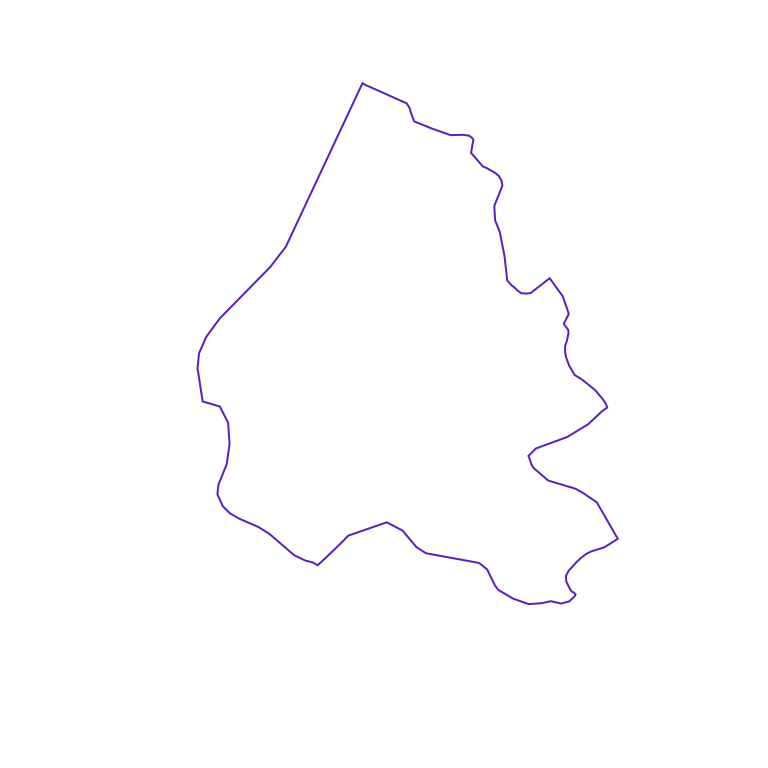 map outline of Copán (orthographic projection), rotated 333°
{"feature_id": "HND-651", "entity_name": "Copán", "entity_type": "Department", "adm_level": 1, "iso_a3": "HND", "parent_name": "Honduras", "parent_adm1": "", "projection": "orthographic", "projection_center": [-88.847, 14.9], "detail": "fine", "context": "isolated", "style": "outline", "palette": "violet", "viewbox_px": 768, "rotation_deg": 333, "n_neighbors": 0, "source": "natural_earth", "source_scale": "10m", "svg_char_len": 1546}
<svg xmlns="http://www.w3.org/2000/svg" viewBox="0 0 768 768"><g transform="rotate(333 384 384)"><path d="M242.5,265.0L246.8,261.4L267.4,251.0L335.5,228.2L358.9,217.1L443.7,151.1L501.4,106.2L503.3,109.2L531.6,144.2L532.1,149.7L531.2,154.2L530.1,163.7L542.4,177.9L556.3,192.5L567.3,197.7L572.7,201.5L574.0,204.4L574.6,206.8L566.5,217.6L570.9,235.1L573.8,238.6L579.2,247.0L580.8,251.0L581.0,256.1L579.5,261.1L563.1,275.4L557.3,288.6L556.2,301.0L549.4,324.9L540.8,347.7L542.4,353.8L544.0,357.1L545.5,361.5L547.4,365.3L551.9,368.1L555.9,369.5L579.6,365.0L583.1,387.0L580.5,405.4L571.5,412.0L572.7,419.5L571.4,422.6L566.5,428.6L562.9,432.1L560.0,437.4L558.3,443.1L557.3,452.2L558.0,462.6L562.6,470.2L569.5,485.8L572.3,498.3L572.7,502.3L572.1,506.4L566.8,507.0L547.8,512.5L523.5,514.4L490.0,510.4L480.1,513.7L478.8,524.0L479.2,526.9L486.5,544.6L507.0,564.2L511.9,571.5L519.9,586.1L522.0,628.1L506.0,629.5L492.9,627.3L487.5,627.2L481.4,628.2L474.9,630.0L463.8,634.2L458.9,637.6L456.7,642.9L456.7,651.2L457.0,654.1L458.6,656.2L459.1,658.5L457.4,659.7L450.5,661.8L442.2,660.1L434.1,653.3L425.0,650.9L413.0,645.8L401.4,633.6L392.4,619.4L391.4,614.2L391.7,596.1L387.5,586.6L344.5,553.8L338.8,544.0L334.0,523.0L323.6,508.5L283.4,502.9L274.6,505.9L252.8,512.5L242.6,515.4L239.7,510.9L233.6,505.4L226.3,495.9L213.7,465.2L207.4,454.7L193.9,438.3L188.0,429.3L184.9,419.7L185.5,406.6L190.8,398.5L207.5,384.0L213.9,374.8L219.1,367.5L227.5,347.8L227.5,329.5L214.5,317.2L225.1,285.1L233.2,272.6L242.5,265.0Z" fill="none" stroke="#5b21b6" stroke-width="2"/></g></svg>